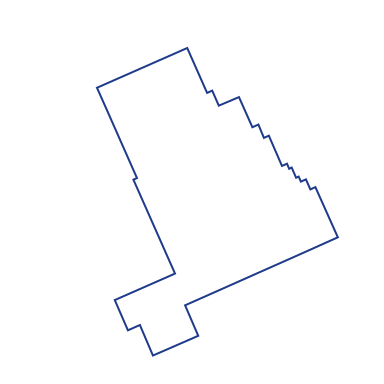 Golden Valley, Montana, United States of America (Albers equal-area conic projection), rotated 336°
{"feature_id": "52423323B93637300431775", "entity_name": "Golden Valley", "entity_type": "district", "adm_level": 2, "iso_a3": "USA", "parent_name": "United States of America", "parent_adm1": "Montana", "projection": "albers", "projection_center": [-109.079, 46.398], "detail": "fine", "context": "isolated", "style": "outline", "palette": "blue", "viewbox_px": 384, "rotation_deg": 336, "n_neighbors": 0, "source": "geoboundaries", "source_scale": "gbopen_adm2", "svg_char_len": 555}
<svg xmlns="http://www.w3.org/2000/svg" viewBox="0 0 384 384"><g transform="rotate(336 192 192)"><path d="M268.7,292.8L306.8,292.7L306.7,237.7L301.2,237.8L301.2,226.8L295.7,226.8L295.7,221.3L292.9,221.3L293.0,210.2L290.2,210.3L290.3,204.8L284.8,204.8L285.1,171.8L279.7,171.8L280.1,157.4L273.5,157.4L273.5,124.4L251.6,124.0L251.7,107.6L246.1,107.6L246.2,58.5L147.6,58.1L147.6,80.0L147.4,156.9L143.5,156.9L143.3,259.6L77.5,259.3L77.2,292.3L90.3,292.3L89.8,325.5L139.2,325.9L139.6,292.7L268.7,292.8Z" fill="none" stroke="#1e3a8a" stroke-width="2"/></g></svg>